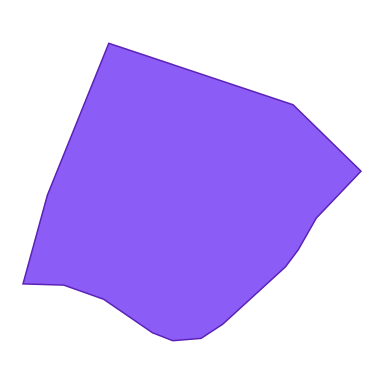 the Province of Maputo
{"feature_id": "MOZ-5854", "entity_name": "Maputo", "entity_type": "Province", "adm_level": 1, "iso_a3": "MOZ", "parent_name": "Mozambique", "parent_adm1": "", "projection": "natural_earth1", "projection_center": [32.591, -25.918], "detail": "fine", "context": "isolated", "style": "filled", "palette": "violet", "viewbox_px": 384, "rotation_deg": 0, "n_neighbors": 0, "source": "natural_earth", "source_scale": "10m", "svg_char_len": 308}
<svg xmlns="http://www.w3.org/2000/svg" viewBox="0 0 384 384"><path d="M361.0,171.2L316.3,218.1L298.1,250.0L285.4,266.9L222.7,324.2L201.0,338.4L172.8,340.7L152.5,332.8L103.7,299.3L63.7,285.1L23.0,283.9L47.4,195.1L108.8,43.3L293.1,104.8L361.0,171.2Z" fill="#8b5cf6" stroke="#5b21b6" stroke-width="1.5"/></svg>